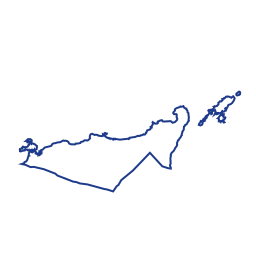 Occidental Mindoro, Mindoro Occidental, Philippines (orthographic projection), rotated 107°
{"feature_id": "2640588B90196487973168", "entity_name": "Occidental Mindoro", "entity_type": "district", "adm_level": 2, "iso_a3": "PHL", "parent_name": "Philippines", "parent_adm1": "Mindoro Occidental", "projection": "orthographic", "projection_center": [120.638, 13.026], "detail": "fine", "context": "isolated", "style": "outline", "palette": "blue", "viewbox_px": 256, "rotation_deg": 107, "n_neighbors": 0, "source": "geoboundaries", "source_scale": "gbopen_adm2", "svg_char_len": 5692}
<svg xmlns="http://www.w3.org/2000/svg" viewBox="0 0 256 256"><g transform="rotate(107 128 128)"><path d="M154.3,75.2L153.2,75.6L152.1,76.6L151.1,77.0L149.7,76.8L144.2,78.7L142.1,78.8L142.0,79.0L141.1,79.3L140.1,79.2L139.5,79.2L136.3,77.5L132.6,76.8L131.4,76.2L129.5,76.1L128.8,76.6L127.7,76.7L125.2,76.6L124.5,75.9L123.0,75.7L122.0,75.1L119.9,74.8L119.2,74.4L118.3,74.8L116.3,74.7L115.8,75.0L113.3,74.2L110.3,74.9L109.6,74.3L108.9,74.4L108.2,74.1L107.5,73.1L104.3,72.4L103.3,71.9L102.9,72.4L100.4,72.8L96.0,74.7L95.6,75.6L94.0,76.3L93.1,77.8L92.4,77.9L92.5,78.7L92.1,80.3L90.9,81.4L92.0,82.9L92.1,84.2L92.7,84.4L94.5,87.0L95.9,88.4L96.9,88.5L97.6,88.2L99.9,89.2L100.4,89.2L101.3,88.1L100.6,85.9L100.9,85.3L103.4,84.7L104.5,83.7L105.8,83.4L108.4,84.7L109.9,86.7L109.7,87.6L109.2,88.2L109.0,89.3L111.3,95.5L111.5,96.9L110.6,97.9L111.6,99.7L112.1,100.0L113.1,101.4L114.0,101.4L114.4,100.9L115.3,101.5L115.9,103.4L115.4,105.0L115.5,105.8L115.2,106.1L115.4,106.2L116.0,105.7L117.3,105.3L119.2,105.9L120.4,105.5L120.5,106.6L121.3,106.3L122.2,106.4L122.1,106.2L122.9,106.4L124.6,108.9L127.2,109.1L127.3,109.5L128.7,109.6L129.4,110.1L129.7,110.9L129.5,111.3L130.9,112.6L131.1,113.5L131.9,114.1L132.5,115.2L132.5,116.1L134.5,118.6L136.8,123.5L137.1,123.8L137.8,123.6L138.1,123.9L137.9,124.0L141.5,132.3L142.2,137.3L142.5,137.3L142.4,138.0L142.2,137.7L142.3,138.1L142.8,138.0L143.5,138.7L143.4,138.9L143.0,138.4L142.4,138.2L143.0,139.9L143.1,142.1L143.2,141.9L143.5,142.0L143.2,142.4L143.5,143.0L143.3,145.8L142.2,148.3L141.5,148.8L141.8,148.8L140.9,148.9L141.5,149.5L141.4,150.0L142.0,149.7L142.1,149.2L142.6,149.3L143.5,150.8L144.0,154.3L143.6,154.8L143.6,155.4L143.9,157.0L144.4,157.8L144.0,160.6L144.9,161.8L145.7,162.1L147.2,162.1L149.1,161.3L151.3,162.5L151.9,163.4L152.3,165.6L152.9,166.3L153.9,166.9L155.0,168.8L156.3,169.2L157.4,171.2L158.2,173.4L158.5,173.3L159.2,173.9L160.3,178.0L160.0,179.8L158.7,181.0L158.3,182.4L158.4,184.0L158.9,185.1L158.9,186.3L161.3,188.6L162.6,191.5L163.9,193.3L164.4,194.7L165.9,195.9L167.1,196.0L167.8,196.5L170.4,201.0L171.3,202.1L173.7,203.3L174.4,204.5L176.3,205.8L176.9,205.8L175.9,205.0L176.0,204.7L176.3,204.9L176.5,204.7L176.2,203.7L176.5,203.6L176.9,204.2L177.1,204.1L177.0,204.4L177.5,204.3L177.2,205.1L177.5,204.9L178.6,206.2L178.5,205.9L179.2,205.5L179.1,205.0L179.5,205.1L179.4,204.7L179.7,204.8L179.5,204.5L179.9,204.7L180.0,205.5L179.9,206.7L178.8,207.9L179.1,208.3L179.4,208.2L179.4,208.9L178.8,209.1L179.2,208.6L178.8,208.1L178.5,208.1L177.1,210.3L177.5,211.8L177.3,212.2L177.7,212.3L178.3,211.6L179.4,212.5L179.1,214.0L179.3,214.9L178.9,215.3L179.8,215.1L181.0,215.5L181.5,215.2L183.4,215.0L183.5,214.7L183.7,215.0L187.8,215.0L189.7,215.6L190.9,217.0L192.0,217.0L193.5,219.1L193.2,215.2L193.9,209.8L192.7,206.7L192.0,196.5L192.9,184.1L194.1,181.6L195.3,164.9L194.8,161.2L195.1,158.0L193.8,150.2L193.3,133.3L192.9,129.8L193.0,123.7L187.0,121.8L185.3,120.5L179.8,119.2L167.3,110.9L145.3,99.8L154.6,84.0L154.7,77.8L154.3,75.2ZM68.4,34.7L66.9,36.5L67.3,37.2L68.8,37.9L68.5,40.7L68.6,41.6L69.1,42.1L69.1,43.0L69.5,43.5L70.7,43.9L70.9,44.3L71.8,44.7L71.7,45.2L72.3,45.4L72.7,46.2L73.0,45.8L73.7,45.7L74.3,46.2L75.2,46.4L75.6,47.9L76.8,48.3L77.5,49.0L78.8,48.4L80.7,49.2L80.7,49.5L81.7,50.5L81.9,51.5L82.4,51.5L82.6,52.0L82.8,51.7L83.9,51.7L86.1,52.8L86.3,53.2L86.0,53.5L86.3,54.1L86.7,54.1L87.2,55.4L87.0,55.8L87.5,56.2L87.9,56.3L88.3,55.8L88.8,54.4L90.1,54.9L90.6,54.6L89.7,53.7L89.7,52.9L90.4,52.4L89.8,51.8L88.9,52.1L88.5,52.5L88.0,52.5L85.8,50.9L85.7,50.1L86.0,49.9L85.7,49.8L86.6,49.1L87.6,48.9L89.8,49.2L88.6,48.3L88.6,47.7L88.9,47.2L88.7,46.8L88.2,47.5L87.6,47.3L87.1,45.7L87.2,44.4L86.4,43.8L86.1,42.7L84.8,43.0L84.2,42.8L84.6,41.7L84.1,40.8L82.9,40.0L82.8,39.6L81.5,39.4L81.2,39.8L81.4,40.5L80.9,40.8L80.3,40.4L80.4,39.9L79.7,39.1L76.8,38.8L76.3,38.4L75.3,36.9L73.6,35.7L70.8,34.8L68.4,34.7ZM175.1,209.2L172.8,209.5L171.7,210.0L171.5,211.0L170.7,212.6L170.8,213.5L170.6,213.8L170.6,215.1L171.5,215.6L170.9,216.3L171.2,217.3L172.9,217.7L173.1,218.2L174.5,218.3L175.2,218.7L175.8,219.3L176.6,221.2L176.5,223.0L177.0,223.2L177.3,223.0L177.9,223.6L178.5,223.1L178.7,223.9L179.7,224.7L179.8,225.2L180.2,225.2L180.8,224.8L181.8,224.5L181.8,223.8L180.4,221.8L179.6,220.1L179.2,220.0L178.8,219.7L178.4,220.1L178.1,219.9L178.4,218.9L178.1,217.7L178.6,217.3L178.2,216.0L178.4,215.9L177.5,214.6L177.3,213.9L176.7,213.5L176.9,213.0L176.4,211.4L176.1,211.3L176.3,211.2L175.1,209.2ZM91.7,38.3L89.6,37.9L89.4,38.3L89.8,39.0L89.4,40.2L88.6,40.4L88.2,40.2L87.9,40.6L86.8,40.4L86.9,41.1L87.2,41.4L87.7,41.0L88.3,41.2L88.3,42.5L88.6,43.2L90.7,44.2L91.6,44.2L92.4,44.8L92.4,44.3L92.7,43.8L94.8,43.2L94.3,42.7L94.9,42.1L94.5,41.7L95.0,41.1L94.0,41.0L93.7,40.3L94.0,39.6L93.6,39.8L93.2,39.5L93.3,39.0L92.0,39.3L91.7,38.3ZM91.6,55.0L92.4,55.7L92.9,56.3L94.3,57.2L95.4,57.0L97.5,58.6L98.3,58.6L99.9,59.4L100.2,59.7L100.1,60.2L100.5,60.2L100.5,60.5L101.7,60.5L103.0,61.2L104.3,61.2L104.4,59.5L103.1,58.1L101.9,58.0L100.0,58.3L99.4,57.8L98.9,56.8L98.5,56.9L97.6,56.6L97.1,56.8L96.0,56.3L95.4,55.8L93.9,55.8L91.6,55.0ZM63.0,30.8L61.4,31.0L60.7,31.8L60.7,32.2L61.0,32.8L62.3,33.4L63.2,34.3L63.9,34.4L64.9,33.8L65.0,33.3L64.6,32.4L63.8,31.7L63.7,31.1L63.0,30.8ZM168.5,216.2L167.8,216.6L167.2,218.1L167.8,219.9L168.4,219.4L169.1,219.3L169.2,219.9L168.2,220.1L168.4,220.5L168.9,220.4L169.3,221.2L170.1,221.7L169.8,220.9L169.1,220.5L169.7,219.5L170.2,220.1L170.8,220.3L171.2,220.0L171.1,219.6L170.6,218.7L170.0,218.7L169.4,216.8L168.5,216.2ZM139.5,146.6L139.5,147.2L140.3,146.8L140.2,146.7L139.5,146.6ZM140.1,148.3L139.8,148.6L140.3,149.0L140.6,149.0L140.1,148.3ZM94.3,37.4L94.2,37.6L94.2,38.4L94.6,37.7L94.3,37.4Z" fill="none" stroke="#1e3a8a" stroke-width="2"/></g></svg>